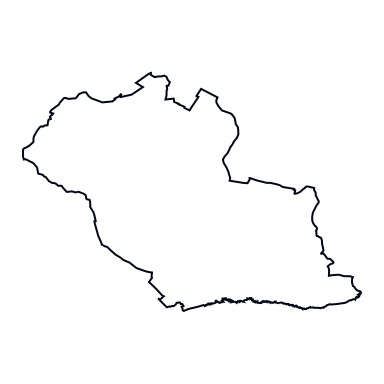 Husasau De Tinca, Bihor, Romania
{"feature_id": "2599482B81201825015639", "entity_name": "Husasau De Tinca", "entity_type": "district", "adm_level": 2, "iso_a3": "ROU", "parent_name": "Romania", "parent_adm1": "Bihor", "projection": "robinson", "projection_center": [21.937, 46.86], "detail": "fine", "context": "isolated", "style": "outline", "palette": "ink", "viewbox_px": 384, "rotation_deg": 0, "n_neighbors": 0, "source": "geoboundaries", "source_scale": "gbopen_adm2", "svg_char_len": 5983}
<svg xmlns="http://www.w3.org/2000/svg" viewBox="0 0 384 384"><path d="M360.9,292.3L360.3,292.2L360.4,291.5L360.0,291.2L357.4,290.6L355.7,289.0L354.3,286.9L352.9,285.9L352.0,282.4L352.1,278.8L352.9,277.2L349.9,276.2L344.3,276.2L338.6,274.7L331.1,275.3L328.9,275.8L329.1,271.6L328.9,268.6L327.7,266.3L330.5,264.1L332.8,263.4L333.5,262.7L333.3,261.9L330.1,258.9L327.4,258.7L324.8,255.1L323.0,253.1L320.6,254.1L323.5,250.5L322.0,243.1L322.0,241.0L321.2,238.2L320.7,237.6L319.7,237.4L317.9,236.1L316.8,236.1L316.6,235.8L316.1,230.4L316.8,229.7L317.0,228.1L315.6,226.2L314.5,225.3L313.0,222.8L312.2,220.3L312.2,216.6L312.9,212.7L316.1,206.1L318.4,202.9L318.8,201.5L315.7,195.2L315.7,192.8L314.0,189.8L314.2,188.0L308.4,186.6L306.4,186.5L305.0,187.6L304.7,188.3L303.4,188.9L300.3,191.8L297.7,193.1L295.2,193.8L294.5,193.6L295.2,190.2L293.6,189.8L293.4,189.2L293.7,188.8L282.8,187.0L280.1,185.4L277.2,184.4L270.5,182.9L266.9,182.9L256.8,180.4L249.8,178.0L249.6,178.0L249.8,179.2L247.5,183.2L243.4,182.9L229.6,180.7L230.2,178.2L228.2,171.3L226.6,167.7L223.7,162.9L223.0,160.2L223.0,159.4L224.6,156.6L227.9,152.7L230.3,147.3L232.5,144.4L233.9,141.5L236.8,138.0L238.4,134.3L238.2,129.6L237.8,127.0L235.9,124.4L234.7,118.1L231.7,114.1L230.7,113.5L221.9,110.4L218.2,105.9L216.4,102.4L216.3,100.3L217.5,97.4L201.1,88.9L196.5,96.0L198.4,96.9L189.5,110.4L184.4,107.9L184.5,106.8L178.4,104.2L178.6,103.7L174.2,102.0L173.7,98.6L165.5,99.5L166.5,95.7L166.6,90.6L167.2,89.5L166.7,85.9L168.4,85.7L169.8,82.2L167.7,79.7L166.4,76.7L164.1,75.6L161.6,76.4L158.3,76.4L155.1,77.1L155.0,76.8L154.2,76.9L150.7,74.8L150.9,73.0L149.0,73.6L136.0,82.9L142.9,87.1L131.7,94.6L120.6,97.1L120.4,97.0L120.3,96.4L121.2,94.6L120.7,94.3L118.9,96.5L114.7,98.5L115.2,99.2L112.5,101.4L102.4,102.4L91.2,98.2L88.3,95.7L86.1,92.4L85.7,92.3L83.0,92.4L79.0,94.1L76.9,96.9L75.5,98.3L69.7,98.8L67.9,98.8L65.5,97.9L63.9,98.1L60.0,102.5L58.8,104.6L51.7,109.8L50.2,111.6L50.2,112.6L53.2,113.5L52.8,114.3L50.7,115.8L49.9,116.9L50.8,118.3L50.8,119.1L48.9,119.5L48.7,120.0L48.3,120.2L47.5,125.3L44.9,125.4L42.9,126.7L41.4,126.3L39.7,127.3L36.8,131.3L34.0,136.3L33.5,138.3L33.4,142.0L29.4,145.6L27.2,147.0L23.7,148.6L23.0,149.7L23.1,157.1L23.9,159.5L24.9,159.2L26.4,159.6L33.3,163.1L37.1,167.6L38.2,173.6L42.7,174.8L44.1,176.4L45.9,177.2L48.9,181.1L52.5,183.1L54.1,183.0L55.7,183.6L58.3,185.8L61.6,185.8L63.0,187.8L66.7,191.9L72.0,191.4L75.4,192.4L78.6,191.8L83.1,193.5L85.5,195.0L86.1,196.4L86.1,198.3L86.8,199.2L89.6,199.9L90.2,202.6L90.3,207.3L93.3,211.9L94.2,214.5L95.7,221.1L94.4,221.3L94.7,223.1L98.2,235.8L100.8,241.6L101.6,243.7L101.7,244.7L102.6,244.9L104.4,246.2L107.0,246.8L110.5,250.2L115.7,254.7L120.5,257.6L123.4,260.0L129.7,262.7L136.3,268.0L145.7,271.3L148.4,272.0L152.0,272.5L151.6,276.3L152.0,277.9L149.0,282.0L156.4,289.1L162.4,295.7L163.8,296.3L161.0,298.8L159.6,299.2L158.1,298.5L166.8,307.3L169.4,306.5L170.6,306.7L171.9,306.0L173.7,306.1L175.8,304.4L176.7,302.8L180.0,302.5L180.7,304.0L182.2,304.0L183.5,306.0L181.6,306.8L182.7,309.0L182.6,310.1L183.7,311.0L188.8,308.9L198.0,306.7L203.6,305.0L204.6,306.0L205.6,305.2L206.0,305.6L206.6,305.3L207.0,304.4L207.9,304.3L208.2,303.7L208.6,304.1L208.5,304.5L210.3,304.5L210.5,304.4L210.3,303.8L211.2,304.0L211.1,303.4L211.6,303.2L213.5,303.5L215.5,302.7L215.6,301.0L215.9,300.8L216.3,301.9L217.2,301.3L217.7,301.6L217.8,302.2L219.1,302.5L219.5,302.9L219.9,302.9L220.1,302.2L222.1,302.3L222.7,301.8L223.4,301.8L222.6,300.8L223.1,300.4L222.1,300.2L222.6,299.6L222.5,298.6L225.3,298.3L225.2,298.7L226.2,298.7L226.2,300.0L227.0,300.3L227.3,300.0L227.1,299.7L227.5,299.6L227.5,300.3L228.8,300.5L229.1,299.7L229.4,299.9L229.1,300.1L229.3,300.5L229.7,300.5L229.5,301.0L230.2,300.8L229.9,301.2L230.6,302.4L232.0,302.1L231.7,301.6L232.2,301.5L231.9,300.9L232.5,301.3L233.1,301.1L233.2,301.3L232.8,301.6L233.1,301.9L235.1,301.8L236.5,302.8L236.6,302.2L237.4,302.4L237.6,302.0L237.3,301.6L237.9,301.1L238.5,301.5L239.3,301.1L239.2,301.7L239.6,302.0L239.9,301.2L240.3,301.0L242.1,301.2L242.3,301.5L243.3,301.7L243.0,301.4L243.6,301.2L244.6,300.2L247.0,299.8L247.1,299.0L247.8,298.9L248.4,299.2L248.7,299.0L248.4,298.6L248.8,298.7L249.3,298.3L249.7,298.9L250.7,297.6L250.5,298.0L251.1,298.0L251.0,298.3L251.5,299.0L252.2,299.3L252.0,299.5L252.3,299.6L252.2,300.0L253.1,299.8L253.2,301.1L254.2,301.1L254.0,301.6L254.7,301.5L254.6,301.8L255.1,302.2L255.7,301.9L255.9,302.4L256.5,302.2L256.2,302.6L256.8,302.3L257.3,302.6L257.4,302.1L257.6,302.5L259.4,303.0L260.9,303.1L261.7,302.7L261.5,302.3L262.1,302.2L262.4,301.5L262.9,302.0L263.4,301.9L263.5,301.5L264.0,301.7L264.1,301.3L264.7,301.6L265.1,301.4L265.3,301.7L265.9,301.5L266.2,301.9L266.8,301.1L267.5,301.8L267.6,301.3L269.1,301.6L269.1,301.9L269.7,302.1L270.3,302.9L270.7,302.5L270.6,302.1L271.0,302.1L271.3,302.6L272.9,302.9L273.3,302.4L274.5,302.3L274.8,302.1L274.8,301.6L275.0,301.6L275.2,302.0L275.6,301.8L275.6,302.5L278.2,303.2L280.3,302.6L282.0,302.6L282.1,303.0L283.1,303.5L284.0,303.2L284.5,303.4L284.4,303.7L285.2,303.7L286.2,304.3L286.6,304.0L288.5,304.0L288.5,304.8L289.4,305.3L290.8,304.8L291.8,305.5L292.3,304.9L292.9,304.9L293.2,305.3L293.0,305.6L293.2,306.0L293.7,305.8L294.3,306.6L294.9,306.1L295.9,306.1L295.7,305.8L295.9,305.6L296.6,305.7L296.7,306.8L297.4,306.7L298.2,307.4L299.6,307.2L299.6,307.8L300.1,307.6L301.2,308.3L301.6,308.1L302.6,309.1L302.7,308.7L302.9,308.9L304.0,308.5L304.3,309.0L306.0,309.1L306.7,308.3L308.1,308.3L308.6,307.7L309.2,307.7L310.3,307.0L310.6,307.5L312.2,307.6L313.4,307.3L314.0,307.8L318.4,307.8L320.7,308.2L322.3,307.6L323.6,307.7L323.6,307.3L324.4,306.8L326.0,306.3L326.8,305.3L329.8,304.2L331.4,304.5L337.2,304.0L344.6,302.9L346.3,302.4L349.9,300.2L351.4,300.3L352.4,299.5L353.3,299.3L354.9,299.1L355.3,299.5L355.8,297.7L356.6,297.7L356.9,297.3L356.8,296.9L357.4,296.8L357.9,297.5L358.6,297.0L358.2,296.5L359.2,296.4L359.4,295.7L358.8,295.5L359.6,294.5L358.6,294.3L359.6,293.6L360.3,293.7L360.3,292.8L361.0,292.6L360.9,292.3Z" fill="none" stroke="#020617" stroke-width="2"/></svg>